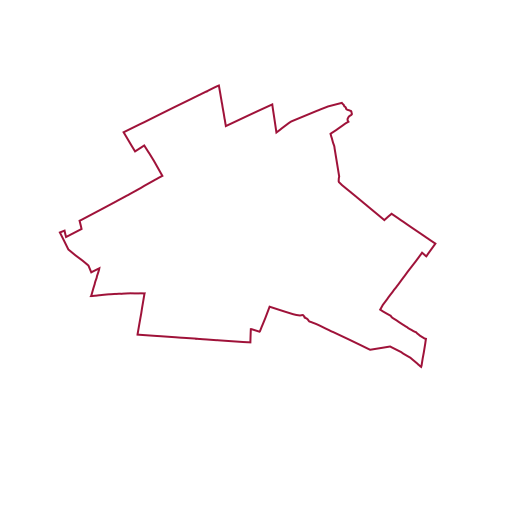 Movila Banului, Buzau, Romania, rotated 155°
{"feature_id": "2599482B74879636835293", "entity_name": "Movila Banului", "entity_type": "district", "adm_level": 2, "iso_a3": "ROU", "parent_name": "Romania", "parent_adm1": "Buzau", "projection": "mercator", "projection_center": [26.693, 44.979], "detail": "fine", "context": "isolated", "style": "outline", "palette": "rose", "viewbox_px": 512, "rotation_deg": 155, "n_neighbors": 0, "source": "geoboundaries", "source_scale": "gbopen_adm2", "svg_char_len": 5134}
<svg xmlns="http://www.w3.org/2000/svg" viewBox="0 0 512 512"><g transform="rotate(155 256 256)"><path d="M323.7,424.1L323.0,417.2L322.1,408.1L321.4,401.9L310.6,403.4L309.5,395.0L309.4,394.7L308.3,385.2L307.0,368.2L311.2,368.0L313.4,367.8L315.7,367.7L316.6,367.6L327.7,366.8L331.9,366.3L333.8,366.2L344.1,365.5L346.0,365.3L347.5,365.3L371.7,363.9L399.2,362.5L401.0,362.5L402.3,355.9L402.7,354.2L420.1,353.5L419.5,356.9L418.8,359.9L423.8,360.2L423.5,350.7L423.3,341.2L420.4,335.1L419.4,333.0L415.2,325.2L411.9,318.2L412.2,310.8L410.5,310.9L403.2,311.1L404.3,309.6L406.1,307.6L408.6,305.0L409.7,303.5L412.3,300.9L413.5,299.5L413.9,298.9L417.1,295.4L422.0,289.7L422.4,289.4L421.5,289.0L420.0,288.5L417.8,287.7L417.3,287.5L415.3,286.9L412.8,286.0L411.8,285.7L406.4,283.8L404.2,282.9L402.7,282.3L400.3,281.4L398.0,280.4L396.1,279.7L395.0,279.2L394.0,278.6L393.1,278.3L392.5,278.1L389.0,276.7L385.4,275.2L381.6,273.3L379.0,272.1L376.1,270.8L373.2,269.4L372.8,269.2L373.0,269.0L376.5,263.9L381.2,257.1L384.2,252.6L387.3,248.2L390.6,243.5L396.5,235.0L396.6,234.8L380.2,225.7L376.5,223.7L368.4,219.2L362.8,216.1L359.5,214.2L355.4,212.0L345.7,206.7L344.7,206.1L344.8,206.0L344.1,205.7L343.6,205.4L343.1,205.1L342.8,205.0L342.7,204.9L341.4,204.2L340.7,203.8L340.2,203.5L339.1,202.9L336.7,201.6L327.8,196.6L326.2,195.8L325.9,195.6L320.5,192.6L304.4,183.7L303.5,183.2L297.6,180.1L297.1,181.1L296.2,182.9L295.5,184.3L292.9,189.4L291.6,191.9L291.1,191.7L284.8,185.9L284.3,186.1L283.1,187.2L280.9,189.3L278.9,191.1L275.0,194.7L273.5,196.1L265.1,204.3L257.8,197.5L253.7,193.7L247.0,187.6L244.5,185.6L241.3,183.5L238.7,182.8L238.3,182.4L238.1,181.8L237.9,180.8L237.7,180.5L237.7,180.2L237.9,179.9L238.0,179.7L237.9,179.5L237.7,179.2L237.3,178.8L237.0,178.6L236.8,178.3L236.4,177.8L236.1,177.0L235.9,176.7L235.6,174.9L235.4,174.3L235.3,174.1L233.7,172.6L232.6,171.4L231.9,170.7L231.3,170.1L229.8,168.5L228.6,167.1L227.6,165.9L226.4,164.4L223.7,161.0L221.7,158.6L221.1,157.9L220.0,156.4L219.2,155.5L218.8,155.0L218.4,154.7L207.1,141.1L198.2,130.2L193.7,124.6L192.6,123.3L192.2,122.8L190.1,122.2L178.8,119.0L172.7,117.3L171.4,115.6L165.0,107.5L164.1,105.8L163.2,104.4L162.9,104.0L161.1,101.4L159.1,98.6L157.6,95.3L157.3,94.7L155.2,90.2L155.0,89.7L154.9,89.3L154.8,89.0L154.6,88.7L154.0,87.4L153.8,86.8L153.6,86.4L153.2,85.7L152.3,86.7L147.9,93.2L147.3,94.0L144.8,97.5L141.8,101.9L139.7,105.0L138.4,107.0L137.0,109.1L138.0,109.9L138.1,110.0L138.3,110.3L138.7,110.8L139.2,111.7L140.0,112.8L140.6,113.8L141.1,114.5L141.7,115.9L142.7,117.8L143.0,118.8L143.1,119.2L144.2,120.3L145.3,121.7L146.4,123.4L146.8,123.9L147.2,124.4L147.7,125.1L148.4,126.1L148.7,126.6L149.0,127.4L149.7,128.4L150.3,129.2L150.8,130.1L152.0,131.9L154.6,136.1L155.2,137.2L155.9,138.4L156.5,139.3L157.1,140.2L157.7,141.1L158.4,142.2L158.7,142.8L159.1,144.1L159.2,145.0L159.5,145.3L161.9,148.6L164.3,152.0L166.1,154.9L161.7,158.1L159.8,159.1L156.2,161.0L154.9,161.7L153.8,162.4L150.6,164.1L147.6,165.6L145.2,167.0L142.4,168.3L141.0,169.1L139.0,170.1L133.6,173.1L132.4,173.7L131.4,174.3L130.7,174.6L128.5,175.8L125.1,177.7L117.9,181.4L113.4,183.7L108.6,186.3L107.0,187.2L106.2,187.6L104.1,188.8L103.0,186.4L102.0,184.0L101.8,183.7L100.1,184.7L99.5,185.1L94.1,188.1L88.2,191.4L92.0,197.7L92.6,198.8L93.9,200.9L94.4,201.8L98.7,209.0L102.9,216.0L105.5,220.4L108.1,224.9L108.8,226.0L109.6,227.3L110.8,229.4L111.0,229.8L115.3,237.0L116.2,236.7L119.3,235.9L123.2,234.7L124.0,234.5L124.5,234.3L129.3,244.5L130.6,247.2L141.1,269.4L148.1,283.9L149.6,287.9L149.5,288.8L148.3,291.1L147.4,292.4L147.0,292.9L146.7,294.0L139.1,321.0L138.9,321.4L138.7,322.4L138.5,323.3L138.5,324.1L138.4,324.9L138.3,326.1L138.1,327.3L137.9,328.4L137.7,329.5L137.5,330.6L137.3,332.5L137.1,333.6L136.9,334.6L136.9,335.1L136.8,335.3L136.7,335.3L136.3,335.3L135.5,335.5L134.6,335.6L129.7,336.3L128.8,336.5L125.5,337.1L123.2,337.5L119.6,338.2L118.3,338.4L115.5,338.6L115.6,339.4L115.6,340.1L115.5,340.6L115.3,341.1L114.9,341.7L114.5,342.0L114.1,342.3L113.8,342.5L113.3,342.9L112.7,343.2L112.1,343.3L111.5,343.4L111.0,343.5L110.4,343.5L110.1,343.6L109.7,343.7L109.3,343.9L109.2,344.0L109.0,344.4L109.0,344.7L108.9,345.2L108.7,345.9L108.6,346.2L108.6,346.7L108.6,346.9L108.6,347.2L108.7,347.4L108.8,347.5L109.0,347.6L109.4,348.0L109.9,348.6L110.5,349.1L110.8,349.4L111.3,349.8L111.8,350.5L112.1,351.1L112.1,351.7L111.9,352.2L112.0,353.1L112.1,353.3L112.3,353.8L112.7,354.3L112.7,355.2L112.6,355.8L112.9,356.5L113.1,357.0L113.4,357.9L113.5,358.5L125.9,360.8L127.5,361.1L129.3,361.2L135.2,361.6L138.0,361.7L138.9,361.8L150.2,362.3L166.2,363.0L167.6,363.0L170.2,362.6L171.6,362.3L178.7,360.8L181.0,360.2L185.3,359.3L181.1,373.4L178.2,383.3L177.2,386.5L192.9,386.6L194.8,386.6L199.5,386.6L204.2,386.6L227.3,386.5L228.4,386.5L228.2,387.1L227.8,388.8L227.4,390.2L226.7,392.6L226.5,393.6L225.1,398.5L223.3,405.3L222.5,408.0L222.0,410.1L221.5,411.8L220.6,415.2L220.0,417.3L217.6,426.2L219.5,426.3L222.5,426.3L226.0,426.2L229.4,426.1L230.7,425.9L230.7,426.0L231.0,426.1L245.7,425.8L249.0,425.7L249.4,425.7L266.9,425.4L283.1,425.0L300.9,424.5L305.3,424.5L314.4,424.3L323.7,424.1Z" fill="none" stroke="#9f1239" stroke-width="2"/></g></svg>